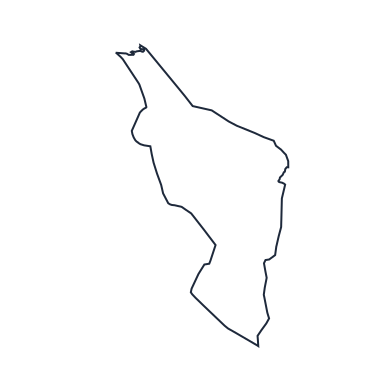 Baruten, Kwara, Nigeria (orthographic projection), rotated 304°
{"feature_id": "59680162B46396512293260", "entity_name": "Baruten", "entity_type": "district", "adm_level": 2, "iso_a3": "NGA", "parent_name": "Nigeria", "parent_adm1": "Kwara", "projection": "orthographic", "projection_center": [3.396, 9.366], "detail": "fine", "context": "isolated", "style": "outline", "palette": "slate", "viewbox_px": 384, "rotation_deg": 304, "n_neighbors": 0, "source": "geoboundaries", "source_scale": "gbopen_adm2", "svg_char_len": 1843}
<svg xmlns="http://www.w3.org/2000/svg" viewBox="0 0 384 384"><g transform="rotate(304 192 192)"><path d="M101.3,333.1L106.5,329.1L109.4,326.8L109.5,326.8L111.1,326.8L116.2,326.8L124.6,327.1L130.3,326.6L132.2,324.2L134.1,321.9L135.1,320.9L145.3,310.7L146.9,309.0L153.4,305.8L162.6,301.9L167.5,297.0L173.2,291.5L176.7,291.0L179.2,293.7L186.2,296.2L194.1,292.3L194.5,292.2L204.1,288.5L212.8,285.5L217.8,282.3L218.3,282.0L236.9,270.1L250.2,265.1L250.4,263.9L250.1,261.5L249.2,259.3L249.0,258.2L249.4,257.5L251.6,257.5L253.2,256.8L256.9,257.6L259.7,257.1L260.8,257.6L263.2,256.5L265.5,256.7L266.3,258.0L271.4,254.5L274.1,250.8L275.4,249.0L275.9,246.5L277.0,241.8L277.0,240.8L277.3,235.8L280.2,231.1L277.6,220.8L276.0,211.0L272.0,192.2L271.0,182.9L270.7,162.7L263.6,144.5L267.5,132.6L271.1,120.6L285.0,73.8L284.7,67.1L284.1,67.7L282.5,67.7L281.7,69.5L282.5,70.7L283.1,72.0L283.1,72.8L282.4,73.3L280.8,72.9L280.3,71.6L280.2,70.4L279.3,69.3L278.5,68.4L277.8,67.6L276.5,66.7L275.7,65.1L275.2,63.8L273.8,63.2L273.7,64.6L274.0,65.5L274.0,66.7L273.0,66.7L270.3,62.9L270.2,60.7L269.8,59.5L269.2,58.6L264.8,50.9L264.9,51.9L264.1,57.4L263.4,60.4L260.3,67.8L252.9,85.6L252.2,87.2L251.7,88.2L251.2,88.9L242.8,100.3L236.9,106.7L236.2,106.7L234.6,105.8L232.8,105.1L229.7,104.5L228.4,104.4L227.5,104.6L209.0,107.9L206.6,110.3L204.6,113.2L203.2,116.1L202.8,118.0L202.9,119.2L202.7,120.1L202.8,122.5L203.9,126.2L206.6,131.9L201.0,137.3L194.8,143.8L189.3,150.7L187.7,152.7L180.6,162.5L174.7,168.8L169.4,178.6L169.5,180.8L170.0,182.6L171.3,185.0L172.6,188.4L173.7,191.1L173.9,192.1L173.8,196.8L173.8,203.3L167.4,223.0L161.2,241.2L145.3,245.7L142.2,246.4L138.8,242.8L127.7,243.2L111.7,245.7L108.2,247.1L107.3,249.4L106.2,254.3L104.3,265.0L103.1,272.0L99.4,293.8L99.0,298.2L99.7,307.3L101.3,331.9L101.3,333.1Z" fill="none" stroke="#1e293b" stroke-width="2"/></g></svg>